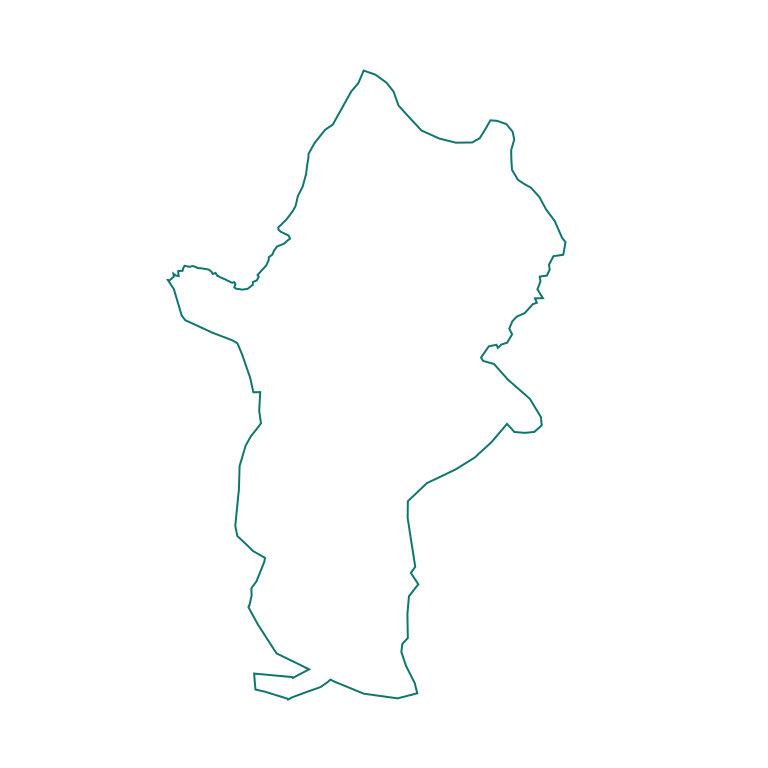 Careysburg, Montserrado, Liberia, rotated 82°
{"feature_id": "62588387B2159992345918", "entity_name": "Careysburg", "entity_type": "district", "adm_level": 2, "iso_a3": "LBR", "parent_name": "Liberia", "parent_adm1": "Montserrado", "projection": "robinson", "projection_center": [-10.552, 6.442], "detail": "fine", "context": "isolated", "style": "outline", "palette": "teal", "viewbox_px": 768, "rotation_deg": 82, "n_neighbors": 0, "source": "geoboundaries", "source_scale": "gbopen_adm2", "svg_char_len": 3243}
<svg xmlns="http://www.w3.org/2000/svg" viewBox="0 0 768 768"><g transform="rotate(82 384 384)"><path d="M514.2,550.4L517.2,547.9L523.5,542.8L524.8,541.8L531.2,536.9L531.4,536.7L539.6,526.0L543.6,527.4L549.6,530.8L561.8,537.8L562.6,538.7L566.8,542.8L568.3,543.9L569.7,544.0L575.1,544.5L575.3,544.6L584.1,547.9L584.7,548.2L584.7,548.6L586.1,549.3L586.6,549.1L604.5,542.4L633.3,529.1L635.9,527.8L655.2,499.2L655.2,499.3L656.1,497.9L662.4,515.2L661.5,515.5L652.7,552.9L661.0,553.4L668.4,553.8L668.5,553.5L668.8,553.5L671.9,545.2L682.1,523.6L683.2,523.0L682.4,521.0L682.1,520.2L681.5,518.6L679.4,508.9L677.6,500.6L676.4,494.4L675.3,489.1L671.6,481.8L670.7,480.3L669.3,478.2L672.2,473.9L681.5,458.0L684.9,452.2L687.9,447.0L697.2,414.3L694.9,394.1L684.4,395.2L666.3,401.4L651.7,404.1L644.0,402.0L641.5,399.0L639.9,397.0L639.0,395.8L616.5,393.0L614.9,392.8L597.6,388.8L587.1,377.9L574.8,383.7L571.7,380.7L569.4,378.5L555.2,378.7L544.1,378.9L519.8,379.2L503.4,376.7L502.2,375.0L488.1,355.3L480.4,330.7L478.5,324.9L469.4,304.3L466.6,300.3L463.1,295.2L456.6,285.7L448.4,276.5L440.6,267.7L449.7,261.5L451.9,251.7L452.1,249.0L452.4,241.9L446.9,233.6L438.7,233.2L419.2,241.5L416.1,244.1L396.9,260.7L379.5,272.3L374.9,282.7L371.3,284.2L361.3,275.0L360.8,267.2L364.0,266.2L361.2,262.1L360.3,256.4L352.6,250.2L346.7,252.3L341.5,249.2L339.8,248.2L335.7,243.1L333.4,234.8L330.0,230.7L325.7,225.6L324.8,221.4L320.2,222.5L321.1,214.7L311.6,218.9L308.6,217.2L304.3,214.8L299.3,214.8L299.3,207.6L293.8,204.0L288.8,204.0L281.0,198.4L281.0,188.5L279.9,188.1L268.8,184.5L264.1,187.3L246.2,192.3L233.7,199.2L220.5,204.1L219.6,204.7L210.1,211.1L205.5,217.2L200.5,222.9L189.8,227.4L189.2,227.4L179.0,226.6L174.0,226.0L170.1,225.5L160.0,221.0L152.1,221.5L143.7,226.6L139.1,235.5L137.7,242.0L144.2,246.9L148.3,250.3L153.9,255.0L157.1,263.1L155.0,279.4L152.7,285.0L148.6,295.2L139.9,308.9L138.3,311.5L125.2,320.7L117.9,325.7L110.2,330.9L95.9,333.8L86.1,339.5L76.6,349.3L70.8,360.5L82.6,367.6L89.6,375.6L102.8,385.6L117.1,396.4L120.0,398.6L122.1,403.0L124.1,407.0L135.8,419.3L140.0,422.5L145.6,426.7L149.6,427.4L156.5,429.6L165.1,431.9L177.1,437.0L186.0,443.2L192.9,445.8L195.6,446.9L200.2,450.4L207.7,457.9L214.3,467.0L216.6,467.0L218.9,465.0L223.7,457.8L226.9,456.8L229.4,460.9L231.2,463.6L232.9,470.8L236.7,474.4L240.4,476.6L242.4,480.5L245.0,480.8L250.2,484.1L258.5,494.1L260.2,493.1L263.6,495.4L264.8,499.6L267.6,500.2L270.8,505.8L270.8,511.3L268.9,517.4L267.4,518.8L264.3,517.2L262.3,518.2L262.6,520.4L258.6,526.3L255.4,531.5L254.6,532.5L253.9,533.3L253.9,533.8L250.6,535.4L251.2,538.3L248.6,539.3L247.7,540.3L246.3,541.6L244.0,548.8L243.2,552.7L242.0,554.0L240.6,556.9L240.9,560.2L239.2,565.0L241.1,566.5L243.9,567.8L243.4,572.0L245.7,572.3L248.5,572.3L247.7,574.9L245.4,577.2L248.5,577.2L251.5,581.8L251.0,583.5L260.8,578.9L288.0,574.8L293.1,572.0L293.8,570.9L309.5,546.5L311.4,543.0L319.9,527.7L320.8,526.6L322.8,524.1L323.4,523.5L334.6,520.5L338.1,519.8L355.5,516.4L358.7,515.7L362.5,515.4L374.0,514.5L374.8,507.7L393.5,511.4L395.2,511.3L397.7,511.3L405.7,511.3L408.4,513.8L412.9,518.5L417.3,523.2L425.8,529.6L440.5,536.3L445.0,538.4L463.9,541.6L468.3,542.4L468.7,542.4L472.0,543.3L503.7,551.0L514.2,550.4Z" fill="none" stroke="#0f766e" stroke-width="2"/></g></svg>